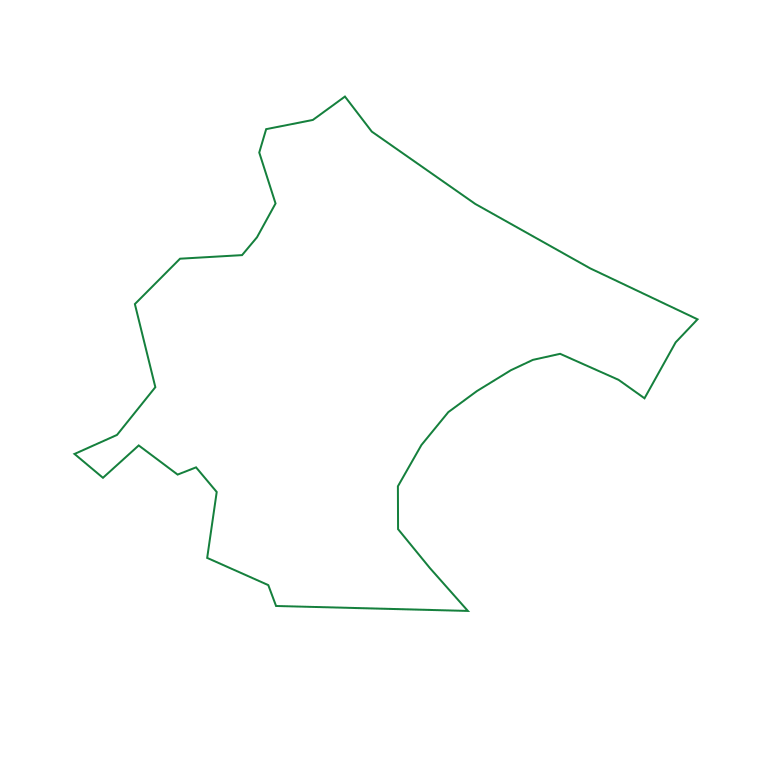 map outline of Stockton-on-Tees (Natural Earth projection), rotated 24°
{"feature_id": "GBR-2033", "entity_name": "Stockton-on-Tees", "entity_type": "Unitary Authority", "adm_level": 1, "iso_a3": "GBR", "parent_name": "United Kingdom", "parent_adm1": "", "projection": "natural_earth1", "projection_center": [-1.341, 54.544], "detail": "fine", "context": "isolated", "style": "outline", "palette": "green", "viewbox_px": 768, "rotation_deg": 24, "n_neighbors": 0, "source": "natural_earth", "source_scale": "10m", "svg_char_len": 645}
<svg xmlns="http://www.w3.org/2000/svg" viewBox="0 0 768 768"><g transform="rotate(24 384 384)"><path d="M129.7,573.8L160.8,539.1L176.4,479.9L123.9,412.3L146.7,352.5L201.9,324.0L208.3,301.6L211.5,263.2L175.9,223.3L175.1,217.4L172.7,199.1L211.6,171.7L231.4,137.3L270.2,158.4L394.2,182.4L525.3,194.5L644.1,197.4L633.5,227.3L627.8,291.1L596.6,284.8L558.2,284.8L532.6,284.8L510.2,301.4L494.3,319.8L471.8,352.6L454.2,383.5L443.0,424.5L438.3,471.8L455.9,510.9L500.8,533.5L552.9,557.2L375.7,630.7L360.1,614.8L293.2,614.8L275.1,550.7L246.2,536.6L232.3,550.7L184.9,539.9L165.4,584.0L129.7,573.8Z" fill="none" stroke="#15803d" stroke-width="2"/></g></svg>